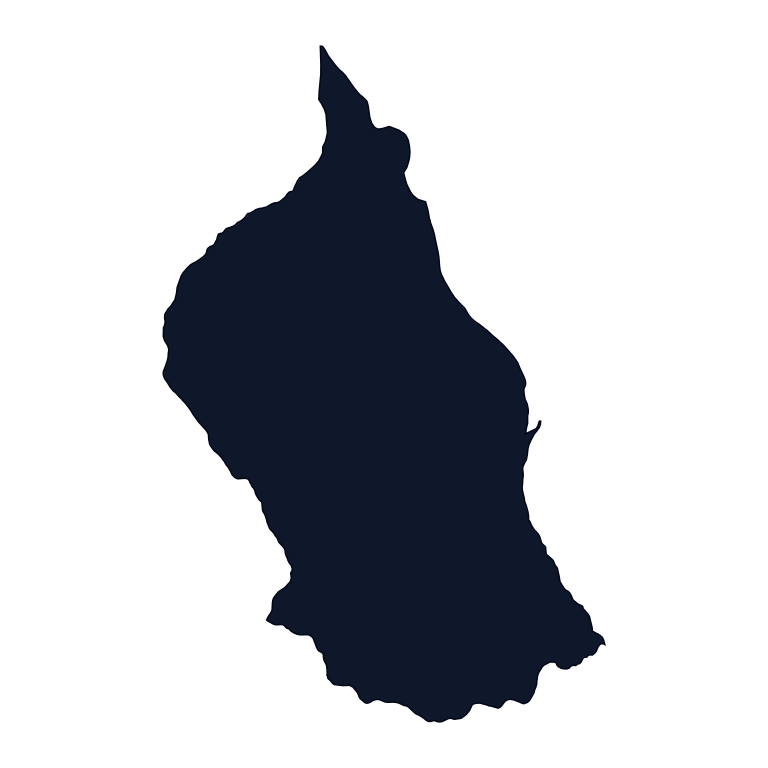 Gualmatán, Nariño, Colombia
{"feature_id": "7082276B40313955384200", "entity_name": "Gualmatán", "entity_type": "district", "adm_level": 2, "iso_a3": "COL", "parent_name": "Colombia", "parent_adm1": "Nariño", "projection": "robinson", "projection_center": [-77.583, 0.935], "detail": "fine", "context": "isolated", "style": "filled", "palette": "ink", "viewbox_px": 768, "rotation_deg": 0, "n_neighbors": 0, "source": "geoboundaries", "source_scale": "gbopen_adm2", "svg_char_len": 6114}
<svg xmlns="http://www.w3.org/2000/svg" viewBox="0 0 768 768"><path d="M425.6,201.8L417.9,199.4L414.1,196.3L412.7,195.0L411.4,193.3L410.1,191.2L406.9,184.6L405.9,181.7L403.6,172.7L406.8,167.4L407.5,165.3L408.9,160.6L409.5,157.5L409.9,152.9L409.9,150.9L409.3,145.5L408.2,140.2L406.3,136.2L404.2,133.6L398.9,130.2L389.8,126.7L388.3,126.6L386.2,127.5L382.5,128.5L379.0,129.1L376.9,128.7L375.4,127.9L373.9,126.6L371.5,122.8L369.7,117.1L368.3,106.5L367.2,102.0L366.4,100.6L362.7,97.0L359.7,94.5L357.9,92.6L353.7,87.4L345.7,75.9L342.5,72.4L339.4,69.8L335.5,65.4L329.2,57.2L327.9,55.3L325.4,50.5L323.1,47.0L322.2,46.3L320.3,46.1L320.9,64.9L320.8,74.3L319.2,91.3L318.8,99.5L321.5,103.6L324.4,109.2L326.0,114.2L327.4,131.7L327.4,133.4L325.5,141.4L322.8,146.9L322.6,153.6L318.8,160.9L315.9,164.4L313.1,167.1L307.1,172.4L301.9,176.5L299.7,177.7L297.3,181.2L296.7,182.7L294.2,187.7L293.8,189.3L293.1,190.8L291.7,191.6L290.4,191.7L288.9,192.3L287.4,193.9L285.2,197.1L280.4,201.1L279.2,201.9L277.5,202.6L274.5,202.9L272.2,203.7L265.7,207.4L264.0,207.5L262.8,208.1L259.4,208.5L256.2,209.5L251.2,212.6L249.7,213.2L247.6,213.6L245.4,216.8L244.0,218.4L242.0,220.1L239.7,221.6L237.7,222.4L235.8,224.5L232.7,226.5L226.4,228.6L225.4,229.5L223.4,232.2L222.3,233.1L219.7,233.6L218.5,234.1L218.0,235.0L216.7,239.8L214.0,244.7L213.0,245.5L210.2,246.6L208.4,247.8L207.2,249.3L206.4,252.7L205.8,254.0L204.9,255.2L203.1,256.8L199.2,259.7L195.6,262.0L193.4,263.1L190.7,264.7L187.3,267.9L183.5,272.3L181.3,275.7L177.2,287.2L176.5,293.3L175.1,299.2L174.5,300.5L173.1,302.5L171.0,305.9L168.0,309.0L165.4,313.3L164.7,314.9L164.6,317.7L165.2,321.5L164.7,324.8L164.2,326.4L163.5,327.3L163.3,336.4L164.6,340.6L167.4,345.1L168.3,347.4L168.7,349.0L168.7,350.8L168.3,353.3L168.1,357.1L167.3,360.8L165.6,365.8L163.6,370.9L163.2,372.2L163.2,373.4L163.4,375.3L164.7,378.7L167.2,382.2L169.7,386.4L171.9,389.3L173.2,390.8L175.8,393.0L179.4,397.0L181.7,399.1L182.8,400.7L184.3,402.0L188.0,406.6L190.7,410.3L193.4,414.8L198.6,422.0L205.7,429.7L207.8,433.0L208.4,434.6L208.8,439.5L209.2,442.0L209.8,444.5L210.6,446.0L214.0,450.6L218.6,454.4L221.2,457.3L224.5,461.8L226.1,464.8L227.9,466.8L230.5,471.2L231.9,474.3L233.3,476.0L235.1,477.7L236.5,478.4L238.2,478.8L244.0,478.3L245.6,478.4L247.6,478.8L248.9,480.1L249.5,480.9L249.7,482.2L250.9,483.8L251.4,485.3L252.4,486.9L253.4,487.9L254.8,490.4L255.6,493.7L257.4,497.1L259.0,499.6L261.8,502.2L262.6,510.2L263.1,511.7L264.5,513.9L265.5,516.4L266.5,519.4L267.1,522.2L269.6,528.5L270.3,529.5L272.5,531.6L274.0,533.4L275.5,536.0L277.0,537.8L278.1,540.3L278.7,542.1L283.1,546.7L284.4,548.7L285.0,550.0L285.3,553.2L286.2,555.8L287.6,558.9L287.9,560.2L289.4,563.1L290.7,564.7L291.5,566.0L291.9,567.3L292.3,568.8L292.1,570.3L290.7,573.2L291.3,578.0L291.0,579.5L290.3,581.6L285.6,586.8L284.1,588.2L282.3,589.2L278.6,591.7L276.6,594.0L273.6,598.0L272.8,600.4L272.5,602.4L272.1,609.7L271.7,611.3L268.1,616.9L266.6,620.0L267.7,620.9L273.6,624.2L276.0,624.8L282.3,624.5L283.4,624.9L284.2,625.5L286.5,628.0L289.4,629.1L290.5,630.7L292.0,631.7L293.9,632.9L296.8,634.1L300.0,634.8L308.1,634.7L310.1,635.5L312.0,636.9L313.3,638.5L316.5,647.1L318.0,650.1L319.1,651.1L321.9,652.6L322.8,653.5L323.4,655.0L323.4,657.0L323.9,659.8L324.6,661.6L325.7,663.4L326.6,665.7L327.1,670.1L327.2,673.3L327.0,675.4L327.8,676.9L327.8,678.1L328.9,679.4L330.0,680.1L332.7,683.5L334.4,684.6L343.2,685.6L349.4,685.3L352.8,687.0L356.7,691.6L357.9,693.5L359.5,697.7L361.1,699.4L365.0,702.7L366.4,703.1L367.9,703.1L370.1,702.3L373.1,700.4L375.2,699.7L377.4,699.4L379.0,699.5L385.3,702.0L387.6,702.3L393.0,702.1L395.7,702.3L398.7,703.0L404.1,705.5L406.3,705.9L408.1,706.7L415.1,713.2L417.0,714.4L418.5,714.8L423.8,718.2L425.7,719.9L427.9,721.3L430.8,721.5L433.1,720.7L434.4,720.5L435.9,721.2L437.5,721.7L440.1,721.9L443.0,721.2L448.1,718.7L449.6,718.3L451.1,718.3L454.3,719.3L461.0,718.3L464.4,716.0L466.4,714.3L468.9,711.3L469.9,709.7L472.0,705.2L472.8,704.3L475.9,703.2L479.9,703.1L486.8,704.9L488.8,705.8L491.1,706.1L498.0,708.1L499.8,707.5L501.6,705.8L505.1,701.2L507.3,699.9L510.1,699.2L513.8,699.9L519.1,701.9L521.3,702.9L523.6,703.7L527.2,702.5L529.3,700.8L530.9,698.3L533.9,692.9L534.6,690.1L536.0,686.6L536.7,683.9L536.8,681.3L537.5,676.3L538.4,673.1L542.3,666.8L543.9,665.2L549.5,662.2L551.7,662.0L555.1,662.2L556.2,663.0L556.9,665.0L558.4,666.7L560.8,668.0L562.0,668.5L563.9,668.8L566.1,668.9L567.6,668.7L569.1,668.1L571.3,665.8L573.2,665.3L575.7,665.5L577.9,663.9L579.4,663.7L580.9,662.3L583.3,657.9L584.8,657.2L586.7,657.2L588.3,655.3L589.5,654.9L592.4,655.0L595.4,652.5L596.4,650.8L598.0,646.9L599.3,645.1L600.5,644.0L601.8,643.7L603.7,643.9L604.8,644.5L603.8,640.7L602.9,638.5L602.0,637.0L600.1,635.5L597.9,634.0L596.6,633.5L592.3,631.0L592.3,628.6L592.0,627.1L589.4,616.4L588.2,614.4L584.6,610.2L583.1,608.8L582.8,606.7L582.0,605.9L577.6,603.8L573.0,599.9L570.9,594.9L569.6,592.8L567.9,591.2L566.1,590.3L564.9,589.3L563.1,586.9L560.0,581.7L559.0,575.7L557.3,568.0L555.2,565.4L553.2,560.5L551.3,558.6L546.6,554.6L546.1,553.6L545.6,547.2L544.8,546.1L542.9,544.5L541.6,542.9L539.6,536.4L538.2,534.0L536.5,532.0L534.4,530.0L531.5,525.4L530.2,522.1L528.6,519.7L528.5,515.6L527.9,511.8L526.7,507.2L524.7,501.5L524.2,498.2L522.5,490.9L522.1,487.0L522.6,483.1L522.7,479.3L523.1,477.4L523.2,474.1L522.6,468.6L523.1,466.1L525.2,461.7L526.4,459.8L527.3,454.7L527.9,449.0L528.9,444.7L530.1,442.3L530.7,440.7L534.3,433.9L536.7,431.1L538.0,429.1L539.3,427.6L540.3,424.6L540.7,421.2L539.9,421.0L539.2,421.5L537.8,426.0L537.0,427.5L535.9,428.8L525.6,433.8L526.4,428.0L527.6,423.3L527.6,415.5L528.2,413.3L528.3,410.7L528.1,408.5L527.1,403.7L525.1,399.4L524.1,394.0L523.8,389.7L524.2,388.2L525.4,385.2L525.6,383.8L525.5,381.6L524.7,378.7L523.2,375.2L520.3,369.2L517.8,362.9L513.3,356.3L503.7,345.4L498.3,340.4L492.1,335.1L487.1,330.5L479.6,324.6L474.3,320.9L471.2,318.1L468.4,314.6L464.7,308.2L458.9,302.4L454.5,297.4L451.2,292.5L444.1,280.2L441.4,274.4L440.2,270.8L439.6,266.7L438.8,256.6L438.0,251.9L435.0,237.9L434.7,235.7L432.9,229.3L430.6,223.0L430.2,220.9L429.4,218.7L428.0,210.6L425.6,201.8Z" fill="#0f172a" stroke="#020617" stroke-width="1.5"/></svg>